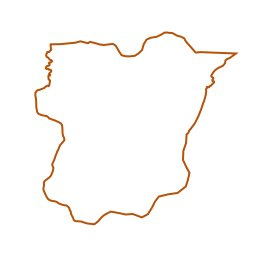 Thateng, Xékong, Laos (Natural Earth projection), rotated 278°
{"feature_id": "54806243B20325716676417", "entity_name": "Thateng", "entity_type": "district", "adm_level": 2, "iso_a3": "LAO", "parent_name": "Laos", "parent_adm1": "Xékong", "projection": "natural_earth1", "projection_center": [106.496, 15.416], "detail": "fine", "context": "isolated", "style": "outline", "palette": "amber", "viewbox_px": 256, "rotation_deg": 278, "n_neighbors": 0, "source": "geoboundaries", "source_scale": "gbopen_adm2", "svg_char_len": 5408}
<svg xmlns="http://www.w3.org/2000/svg" viewBox="0 0 256 256"><g transform="rotate(278 128 128)"><path d="M200.1,39.8L198.2,40.0L196.6,40.5L195.7,40.6L195.1,40.9L195.0,41.0L194.7,40.9L194.2,40.7L193.9,40.4L193.5,40.0L192.7,39.6L192.2,39.2L192.1,38.4L192.1,38.2L192.0,37.9L191.9,37.5L191.6,37.5L190.7,37.3L189.4,36.8L189.1,36.8L188.8,36.8L188.4,36.9L188.0,37.1L187.8,37.2L187.6,37.3L187.4,37.4L187.3,37.5L187.1,37.7L187.0,38.0L186.8,38.6L186.6,38.9L186.5,39.1L186.1,39.8L185.8,40.0L185.4,40.4L185.2,40.6L184.9,40.9L184.7,41.2L184.6,41.4L184.6,41.7L184.5,41.9L184.5,42.3L184.4,42.6L184.3,42.9L184.2,43.1L184.0,43.3L183.9,43.4L183.7,43.5L183.3,43.4L183.1,43.3L182.9,43.1L182.7,42.9L182.4,42.5L182.0,41.5L181.7,40.8L181.5,40.7L181.4,40.6L181.2,40.6L181.0,40.8L180.5,41.3L180.4,41.4L180.3,41.5L179.7,41.5L179.4,41.5L179.1,41.3L179.0,41.2L178.8,41.0L178.7,40.8L178.6,40.6L178.5,40.3L178.4,40.0L178.3,39.6L178.1,39.4L177.9,39.0L177.6,38.8L177.4,38.6L177.1,38.5L176.6,38.3L176.2,38.2L175.9,38.3L175.6,38.4L175.4,38.6L175.2,39.0L175.2,39.5L175.3,39.8L175.4,40.4L175.5,40.7L175.4,40.9L175.3,41.1L175.1,41.4L174.8,41.7L174.8,42.0L174.7,42.3L174.8,43.0L174.8,43.3L174.7,43.5L174.4,43.8L174.1,44.0L173.8,44.0L173.5,44.1L173.2,43.9L172.8,43.7L172.4,43.5L172.1,43.2L171.7,42.9L171.4,42.6L171.1,42.5L170.9,42.5L170.6,42.4L170.2,42.3L169.9,42.5L169.9,43.1L169.8,43.4L169.7,43.5L169.4,43.6L169.2,43.4L169.1,43.1L169.0,42.6L168.9,42.2L168.7,42.0L168.5,41.9L168.4,42.0L168.2,42.1L167.2,42.2L166.3,42.4L165.7,42.5L165.3,42.6L165.1,42.7L164.9,42.9L164.8,43.2L164.6,43.5L164.5,43.8L164.3,44.0L164.0,44.2L163.8,44.3L163.5,44.3L163.4,44.3L163.1,44.2L162.7,44.1L162.0,44.1L161.5,44.1L160.9,44.2L160.4,44.2L160.1,44.1L159.7,44.0L159.0,44.0L158.7,43.9L158.5,43.7L158.4,43.6L158.6,42.9L158.7,42.6L158.6,42.3L158.6,42.0L158.5,41.8L158.3,41.6L157.9,41.2L157.7,41.0L157.5,40.9L157.3,40.8L157.2,40.7L157.0,40.3L156.8,40.1L156.5,39.9L156.1,39.6L155.9,39.4L155.7,39.0L155.6,38.8L155.4,38.5L155.1,38.0L154.8,37.3L154.3,36.5L154.1,36.1L153.7,35.5L153.5,35.0L153.4,34.8L153.3,34.4L153.2,33.9L153.0,33.5L152.7,33.1L152.6,32.9L152.3,32.6L152.1,32.5L151.8,32.2L151.4,32.0L150.9,31.9L150.5,31.6L150.0,31.5L148.3,31.5L146.8,31.9L145.1,32.5L141.1,33.5L136.7,34.1L134.5,34.7L131.0,36.0L130.2,36.6L129.4,37.9L129.3,38.4L129.2,38.9L129.0,39.5L128.9,40.1L128.8,40.9L128.7,41.7L128.6,42.7L128.6,43.2L128.5,43.6L128.5,44.4L128.5,45.3L128.5,45.7L128.4,46.0L128.2,46.4L127.8,47.1L127.5,47.5L127.2,47.8L126.7,48.3L126.6,48.5L126.4,48.8L126.4,49.0L126.4,49.8L126.4,50.0L126.1,50.6L125.9,51.2L125.4,54.3L123.8,59.6L122.9,61.2L122.0,62.0L120.0,62.8L117.3,63.3L113.8,63.9L111.4,64.7L109.0,66.2L107.6,66.6L106.7,66.5L104.5,65.1L101.6,63.2L98.6,62.3L96.6,62.0L95.4,61.3L92.6,60.7L90.2,60.1L86.3,59.4L82.8,58.3L81.2,58.1L80.3,58.3L78.7,59.5L77.2,59.7L75.2,59.6L72.5,59.0L70.0,58.3L68.3,57.1L67.0,56.0L65.1,53.9L63.4,52.6L62.3,52.3L61.0,52.5L59.8,52.8L58.9,52.8L57.1,52.6L55.9,52.7L54.2,53.3L52.0,54.7L48.3,57.1L46.4,58.9L45.7,60.3L45.3,62.2L45.1,66.7L44.8,67.9L43.8,69.6L43.2,71.9L42.7,74.7L42.7,77.7L42.1,79.1L41.9,79.3L41.7,79.6L41.5,79.9L41.3,80.1L41.1,80.4L41.0,80.6L40.8,80.7L40.5,80.9L40.0,81.2L39.6,81.3L39.2,81.4L39.0,81.5L38.8,81.6L38.7,81.7L38.4,82.0L38.1,82.4L37.9,82.5L37.6,82.7L37.3,82.9L36.8,83.0L36.4,83.1L36.0,83.3L35.6,83.4L35.2,83.5L34.9,83.7L34.1,84.2L33.5,84.5L33.1,84.8L32.8,85.1L32.4,85.5L29.6,87.0L28.7,88.2L28.5,89.2L28.6,90.8L28.9,94.0L28.8,95.4L28.4,97.1L28.0,99.3L27.8,101.9L27.9,104.4L27.9,107.1L28.2,108.3L29.8,109.9L31.8,111.7L33.2,112.5L35.4,113.9L36.9,115.1L38.9,117.1L40.0,118.5L41.1,120.1L42.8,122.7L42.4,133.0L42.0,137.6L43.5,144.8L41.4,154.1L45.4,159.7L52.7,162.9L59.0,165.0L64.4,168.1L67.9,176.9L70.6,186.2L78.2,193.4L84.6,194.5L92.2,195.1L96.3,192.0L104.0,186.9L113.1,186.0L121.2,187.6L129.8,186.9L130.8,187.9L132.5,188.7L133.7,188.8L136.7,190.7L140.1,192.5L142.5,193.7L146.7,195.2L150.0,196.2L150.1,196.3L153.0,196.9L155.1,197.5L158.1,198.1L160.4,198.5L163.1,199.0L165.4,199.6L167.9,199.9L171.4,200.4L175.1,200.3L177.4,199.9L177.5,200.0L177.8,200.2L178.1,200.2L178.4,200.3L178.6,200.6L179.0,200.7L179.3,200.5L179.5,200.4L179.7,200.7L179.7,201.0L179.7,201.3L179.6,201.6L179.5,201.9L179.5,202.1L179.6,202.3L179.7,202.5L180.0,202.6L180.4,202.8L180.6,203.0L180.8,203.2L181.1,203.8L181.3,204.1L181.5,204.3L181.7,204.5L182.0,204.6L182.3,204.6L182.6,204.8L182.8,205.0L183.0,205.3L183.3,205.6L183.7,205.7L184.0,205.9L184.2,206.1L184.4,206.4L184.6,206.6L184.9,206.8L185.3,206.8L185.7,206.8L186.0,206.7L186.1,206.1L186.2,205.8L186.3,205.4L186.6,205.2L186.7,204.9L187.0,204.8L187.4,204.8L188.1,205.2L188.9,205.6L189.3,205.4L189.9,204.7L190.3,203.8L190.7,203.4L191.4,203.1L191.7,203.2L193.3,204.0L195.4,204.9L197.2,206.1L198.9,207.7L200.5,209.7L202.2,212.4L202.7,213.2L204.8,214.6L205.9,215.1L208.1,215.1L208.9,215.4L210.2,216.7L211.6,219.2L213.3,220.9L216.6,224.3L216.8,224.5L213.2,189.0L212.7,187.0L212.2,185.2L212.2,184.6L212.4,184.2L220.6,174.6L222.1,173.1L223.0,172.2L224.5,171.4L225.8,167.9L226.0,165.7L226.3,163.7L227.3,161.1L227.9,159.7L228.2,158.0L227.9,155.9L228.0,153.8L227.6,151.0L225.1,147.9L222.4,143.8L220.4,137.6L218.0,134.0L213.0,131.9L207.2,131.1L203.4,128.2L200.4,124.6L199.1,119.4L198.7,115.3L199.2,111.5L202.1,108.9L207.8,104.4L209.2,101.3L208.1,97.4L206.8,92.3L206.8,88.4L207.5,83.6L208.0,78.4L206.4,76.6L207.2,68.7L205.1,63.9L202.1,51.3L201.5,48.8L200.1,39.8Z" fill="none" stroke="#b45309" stroke-width="2"/></g></svg>